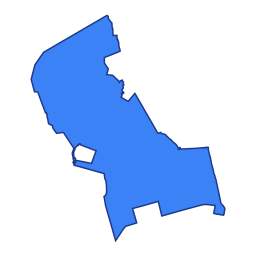 López, Chihuahua, Mexico (Natural Earth projection)
{"feature_id": "50627088B10503438619479", "entity_name": "López", "entity_type": "district", "adm_level": 2, "iso_a3": "MEX", "parent_name": "Mexico", "parent_adm1": "Chihuahua", "projection": "natural_earth1", "projection_center": [-104.952, 26.935], "detail": "fine", "context": "isolated", "style": "filled", "palette": "blue", "viewbox_px": 256, "rotation_deg": 0, "n_neighbors": 0, "source": "geoboundaries", "source_scale": "gbopen_adm2", "svg_char_len": 5512}
<svg xmlns="http://www.w3.org/2000/svg" viewBox="0 0 256 256"><path d="M56.6,133.3L63.4,132.4L74.2,148.8L74.3,149.3L73.8,149.1L73.6,149.2L73.3,150.4L72.8,151.3L72.3,153.2L72.4,154.3L72.9,156.3L73.0,157.2L73.4,159.8L73.7,160.4L73.6,161.4L73.0,162.3L73.7,163.8L74.3,163.2L75.2,161.3L75.4,159.5L75.5,158.9L74.7,157.9L74.9,157.8L73.7,156.8L73.8,155.7L73.7,154.4L73.6,153.6L73.7,152.6L73.9,151.7L74.1,150.8L74.7,149.5L75.1,149.0L74.7,148.5L75.2,147.8L76.7,146.4L77.8,145.1L78.3,145.3L79.0,143.8L80.3,143.9L80.3,144.2L80.2,144.7L96.1,150.8L91.5,163.4L76.4,160.4L76.0,161.0L76.0,161.4L75.4,162.2L75.4,162.4L75.3,162.6L75.1,163.2L75.1,163.3L74.2,164.3L74.1,164.6L74.1,165.1L74.1,165.3L76.8,165.9L104.2,173.6L104.8,178.4L106.0,181.3L106.5,186.1L106.6,192.3L105.8,195.1L104.0,196.4L104.2,197.3L105.6,205.5L115.6,240.6L117.0,238.6L122.3,230.6L125.4,226.4L136.7,222.9L132.6,208.5L141.0,206.3L146.3,204.8L158.3,201.4L161.8,216.0L179.1,211.1L183.4,209.9L201.5,205.0L205.1,204.4L209.5,204.8L215.1,205.5L215.2,206.0L213.7,213.2L214.1,213.5L214.8,213.7L215.3,213.8L215.7,213.7L215.9,213.8L216.1,213.9L216.4,214.1L216.7,214.2L216.8,214.2L217.2,214.2L217.8,214.3L218.5,214.3L218.8,214.3L219.8,214.5L220.0,214.6L220.4,214.8L220.8,214.8L221.1,214.8L222.5,214.9L222.9,215.1L223.2,215.1L223.5,215.2L223.9,214.3L224.1,213.8L224.2,213.6L224.2,213.3L224.1,212.9L224.0,212.6L224.1,212.4L224.2,212.2L224.4,212.0L224.5,211.6L224.6,210.1L224.7,209.7L224.7,209.1L224.7,208.9L224.8,208.7L224.5,207.6L224.3,207.3L223.5,206.4L223.1,205.6L222.7,205.4L222.4,205.0L221.6,204.1L220.8,203.0L220.7,202.3L220.6,201.5L220.5,201.2L220.3,200.2L220.2,199.8L220.1,199.4L220.0,199.1L220.0,198.7L219.9,198.3L219.8,197.3L219.7,196.9L219.5,196.4L219.3,195.5L219.2,194.6L218.6,192.1L218.5,191.7L218.5,191.4L218.4,190.7L218.2,190.2L218.1,189.9L217.5,187.1L216.4,182.0L216.2,180.7L215.9,179.5L215.8,179.2L215.6,178.7L215.5,178.1L215.3,177.6L214.9,176.5L214.9,176.1L214.8,175.6L214.6,175.1L214.4,174.7L214.0,173.9L214.0,173.7L213.9,173.3L213.7,172.5L213.5,171.6L213.5,171.4L213.4,171.2L213.3,170.5L213.2,170.1L213.2,169.7L213.0,169.0L212.7,168.3L212.6,167.6L212.4,167.0L212.1,165.9L211.9,165.2L211.9,164.9L211.7,164.6L211.6,164.3L211.6,163.9L211.3,162.9L211.2,161.8L211.1,161.0L210.9,160.4L210.8,160.2L210.7,159.7L210.7,159.1L210.3,157.2L209.8,155.8L209.8,155.4L209.7,155.1L209.4,154.5L209.3,154.2L209.3,153.9L209.1,153.1L209.1,152.8L209.0,152.6L208.7,151.3L208.5,150.4L208.3,149.7L208.2,148.7L208.3,148.5L208.4,148.3L208.4,147.5L208.3,147.4L208.1,147.3L205.2,147.4L205.1,147.9L205.0,148.0L204.7,148.0L204.3,148.0L204.1,147.9L203.8,147.7L202.3,147.8L201.2,147.9L193.3,148.5L192.5,148.5L179.6,149.1L179.0,149.4L178.8,149.5L178.4,149.3L178.8,149.1L179.5,148.9L180.0,148.6L180.2,148.4L180.3,148.3L180.3,148.1L180.3,147.9L180.1,147.8L180.0,147.6L179.9,147.6L179.7,147.6L179.5,147.8L179.2,147.7L178.7,147.8L178.5,147.7L178.3,147.6L177.9,147.2L177.5,146.7L177.4,146.4L177.3,146.2L177.1,146.0L176.9,145.7L176.7,145.3L175.9,144.4L175.7,144.2L175.2,143.8L174.8,143.3L173.7,142.5L173.0,142.0L172.8,141.7L172.4,141.3L171.5,140.3L171.1,139.8L170.0,139.1L169.7,138.8L169.3,138.6L168.9,138.3L168.7,138.0L167.8,137.1L167.2,136.5L166.8,136.1L166.4,135.8L166.4,135.7L166.0,135.3L165.8,134.9L165.6,134.7L165.1,134.5L164.9,134.4L164.5,134.2L164.3,134.2L164.1,134.1L163.8,134.1L163.5,134.1L163.1,134.0L162.9,133.8L162.8,133.7L162.4,133.7L161.9,133.6L161.6,133.5L161.2,133.3L161.1,133.1L160.9,132.8L160.8,132.4L157.9,133.3L134.9,93.4L128.1,101.4L126.3,100.3L121.0,97.3L121.1,97.1L121.3,96.8L121.5,96.5L121.8,96.1L122.0,95.7L122.0,94.9L121.9,94.6L121.6,94.4L121.4,94.1L121.4,93.8L121.5,93.5L121.8,93.2L122.1,93.1L122.4,93.2L122.6,93.5L122.8,93.6L123.1,93.6L123.4,93.4L123.5,93.3L123.7,92.9L123.7,92.5L123.5,92.2L123.1,91.8L122.9,91.7L122.8,91.8L122.6,91.7L122.4,91.7L122.3,91.4L122.2,91.0L122.0,90.7L122.1,90.2L122.2,89.6L122.3,89.6L122.6,89.1L122.6,88.9L123.0,88.5L123.0,88.3L123.2,88.1L123.3,87.9L123.3,87.7L123.1,87.3L122.9,86.7L122.9,86.4L123.8,85.0L123.5,84.9L123.0,84.5L123.2,83.6L123.5,83.0L123.5,82.7L123.4,82.4L123.4,82.2L123.0,81.6L122.7,81.3L122.6,80.9L122.2,80.1L121.8,80.3L121.5,80.8L121.3,80.9L121.1,81.0L120.8,80.6L120.6,80.6L119.8,81.8L119.6,82.1L119.3,82.4L119.0,81.3L112.6,75.3L106.7,74.7L108.3,68.9L104.4,63.1L104.4,57.5L119.2,51.6L120.1,51.2L120.1,50.8L119.9,50.4L119.9,50.0L119.9,49.8L119.9,49.4L119.8,49.1L119.6,48.7L119.4,48.2L119.3,47.9L119.3,47.6L119.1,46.9L119.0,46.1L118.8,45.8L118.7,45.5L118.7,45.1L118.7,44.6L118.8,44.1L118.7,43.6L118.6,42.7L118.7,42.4L118.5,42.0L118.3,41.5L118.2,41.5L118.1,41.3L118.1,41.0L118.1,40.9L118.0,40.1L117.7,39.6L117.2,39.6L117.2,38.0L116.8,37.7L116.9,37.2L116.9,35.4L113.1,35.5L112.7,29.3L112.8,29.3L112.6,28.6L112.5,28.2L112.3,27.6L112.1,26.9L112.1,26.6L112.0,26.0L112.0,25.7L112.0,24.7L112.0,24.2L111.9,23.5L111.7,22.9L111.7,22.7L111.5,22.4L111.2,22.3L108.3,18.6L108.3,17.7L108.3,16.5L107.0,15.4L82.7,29.5L73.8,34.7L65.6,39.5L62.6,41.2L43.6,52.3L35.0,64.7L31.2,79.3L34.5,91.8L35.4,91.6L37.8,92.2L38.0,92.5L40.7,100.0L45.5,112.9L46.3,112.6L46.8,113.4L46.8,113.5L46.7,113.8L46.9,114.4L46.9,114.7L46.9,115.2L47.0,115.6L47.2,117.3L47.4,117.9L47.6,118.7L47.9,119.5L47.9,119.8L48.0,120.2L48.0,120.5L48.3,122.4L48.5,123.1L48.7,123.3L48.7,123.7L49.1,124.0L50.5,124.7L51.4,125.2L52.1,125.3L52.3,125.5L52.5,125.9L52.6,126.3L52.7,126.6L52.6,126.8L52.6,127.5L53.2,128.5L53.4,128.8L54.2,129.9L54.3,130.2L54.5,130.5L55.1,131.3L55.3,131.6L55.9,132.3L56.1,132.7L56.5,133.3L56.6,133.3Z" fill="#3b82f6" stroke="#1e3a8a" stroke-width="1.5"/></svg>